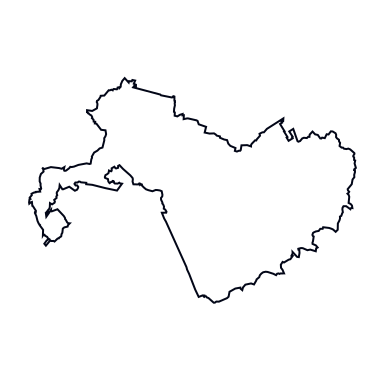 the district of Tancoco, Veracruz, Mexico, rotated 184°
{"feature_id": "50627088B65767533460157", "entity_name": "Tancoco", "entity_type": "district", "adm_level": 2, "iso_a3": "MEX", "parent_name": "Mexico", "parent_adm1": "Veracruz", "projection": "albers", "projection_center": [-97.748, 21.267], "detail": "fine", "context": "isolated", "style": "outline", "palette": "ink", "viewbox_px": 384, "rotation_deg": 184, "n_neighbors": 0, "source": "geoboundaries", "source_scale": "gbopen_adm2", "svg_char_len": 6005}
<svg xmlns="http://www.w3.org/2000/svg" viewBox="0 0 384 384"><g transform="rotate(184 192 192)"><path d="M157.5,84.5L149.6,88.6L148.2,90.1L147.6,95.1L142.1,98.7L137.1,100.0L136.8,98.9L135.0,97.6L134.5,100.3L132.3,103.3L126.7,104.9L123.7,104.1L121.7,108.2L121.5,109.3L119.0,111.7L118.5,113.7L117.1,115.5L115.4,116.9L112.9,117.6L110.9,117.5L105.2,116.1L102.3,114.9L101.4,116.4L100.0,116.8L99.0,116.4L98.1,116.9L94.5,117.2L96.2,120.6L97.9,122.6L98.3,125.7L96.7,128.6L95.3,128.1L90.9,131.2L89.2,131.8L87.1,135.2L88.3,135.4L87.3,137.8L87.5,139.2L82.6,134.6L80.9,134.5L80.5,138.7L80.9,141.5L81.8,141.8L82.0,142.8L79.3,143.7L77.6,143.7L72.8,142.0L70.0,142.8L64.4,141.5L64.2,144.5L62.8,145.4L64.7,147.4L68.1,148.6L68.3,149.8L67.9,151.2L67.5,156.1L68.3,156.5L68.9,157.6L68.4,159.6L67.7,160.2L65.7,161.3L62.9,162.0L61.5,164.2L59.1,164.4L58.7,166.0L52.7,165.7L50.1,165.0L48.6,164.4L45.9,162.3L44.0,164.5L44.3,170.8L42.9,174.0L42.5,175.9L42.7,177.8L41.4,178.6L40.7,181.2L40.1,182.3L40.8,185.3L40.7,186.8L39.9,188.4L37.2,188.6L32.8,185.9L32.6,186.7L31.7,187.3L30.9,187.2L31.5,189.7L32.9,191.1L35.0,192.0L34.8,198.2L35.5,200.0L36.8,201.2L35.6,202.3L35.2,203.2L36.5,204.4L36.9,205.7L33.2,210.9L32.7,215.7L31.1,218.1L31.4,220.4L30.8,223.3L31.0,225.0L31.8,225.1L31.8,225.9L30.2,227.5L31.8,231.8L31.4,234.8L32.5,235.2L32.7,237.9L33.6,238.6L33.6,239.5L32.6,241.4L32.8,242.2L37.1,245.5L39.1,246.2L40.9,245.6L43.4,245.8L44.5,246.8L45.9,246.7L48.0,248.2L47.7,251.3L48.8,252.7L49.1,254.4L51.1,255.6L52.1,256.8L52.2,259.2L52.9,260.6L55.9,262.2L57.7,262.2L59.8,258.9L61.7,259.0L63.3,255.0L66.0,255.3L66.7,254.4L67.8,254.4L70.5,257.7L73.2,258.1L76.0,260.7L78.6,257.5L78.7,255.2L79.9,255.2L81.2,253.8L84.2,253.9L85.8,253.1L87.7,250.4L89.4,249.6L90.3,250.1L95.4,262.0L99.2,259.2L95.4,254.1L96.0,253.6L95.3,252.6L99.2,249.8L101.4,252.9L100.6,253.5L104.4,258.7L103.9,259.0L108.9,266.0L107.0,267.4L107.8,268.5L106.0,269.0L106.0,271.8L121.7,260.2L124.4,256.6L126.0,256.4L128.7,254.8L128.1,252.9L131.0,249.1L131.5,247.9L132.6,248.0L135.8,244.2L136.4,242.9L136.3,241.6L140.2,242.6L145.9,242.0L146.3,237.3L146.8,236.5L148.2,236.4L150.0,235.5L151.3,235.8L152.1,236.0L151.7,238.9L157.0,240.7L159.2,242.8L160.6,246.2L163.6,246.6L167.9,248.1L168.0,249.4L171.3,250.0L172.3,251.0L174.1,252.0L178.6,251.5L183.5,252.2L182.5,258.0L190.0,260.0L191.4,263.3L192.5,263.8L200.8,265.1L201.9,265.1L205.4,264.1L205.5,268.0L206.8,267.8L206.8,269.2L209.4,268.2L211.9,266.4L214.6,266.9L214.7,270.2L215.6,270.7L215.6,274.1L215.1,277.2L215.5,279.6L215.2,280.1L215.4,281.7L215.9,281.8L216.2,286.0L217.0,286.3L217.6,286.0L217.4,285.3L218.7,284.9L229.7,286.3L230.4,287.0L258.0,292.3L257.1,293.7L255.3,293.4L255.4,295.1L257.6,295.9L256.5,299.2L259.3,299.6L259.8,298.2L262.6,298.2L262.8,296.8L267.1,300.9L269.3,297.9L270.5,294.4L270.5,292.0L271.4,290.9L271.5,291.6L273.5,291.0L273.6,289.9L274.1,289.2L277.2,289.3L278.0,288.7L278.2,287.9L279.6,288.4L281.3,287.6L282.2,287.7L286.2,282.1L289.8,281.6L290.0,280.4L291.8,277.2L293.1,276.3L293.3,275.1L292.6,273.9L292.4,272.5L292.7,268.8L297.2,265.9L302.4,266.3L302.3,264.3L301.7,264.2L301.2,263.3L300.7,263.3L299.7,262.3L297.7,261.3L296.7,259.6L297.0,258.7L295.3,257.3L295.0,255.4L293.5,255.3L293.7,253.6L292.1,253.5L287.0,247.7L282.6,247.5L281.7,243.7L282.3,241.4L283.3,239.6L283.1,237.4L284.4,230.1L287.2,229.0L289.2,226.7L292.4,224.5L294.4,220.3L294.1,219.2L294.7,217.6L295.1,213.2L296.2,212.8L299.1,213.2L307.2,211.1L311.5,209.1L313.8,208.5L315.2,208.6L316.1,207.2L319.1,204.6L320.0,204.3L320.8,204.3L321.5,205.6L321.1,207.9L323.7,206.1L326.2,206.6L334.5,207.0L341.0,204.6L343.1,205.8L342.0,204.3L341.5,202.0L344.0,199.4L344.9,195.8L344.7,192.0L343.6,189.7L343.6,188.1L342.7,184.9L343.0,184.2L344.3,184.3L343.5,181.8L347.9,181.2L347.9,180.8L349.9,180.3L352.0,179.0L351.6,177.6L353.5,175.1L352.7,173.8L353.6,173.5L353.8,170.2L353.5,169.0L352.1,170.4L351.0,170.9L350.3,167.0L349.7,166.8L346.4,162.3L346.5,160.8L347.2,160.9L347.3,160.2L345.7,157.3L344.1,152.4L342.6,149.6L341.4,148.6L341.6,148.2L337.9,143.9L337.7,138.2L337.2,139.1L336.2,139.1L335.6,138.2L333.3,137.1L332.7,136.0L331.4,135.2L333.5,133.6L335.7,130.1L334.0,128.3L330.0,133.9L329.1,133.3L326.7,133.5L325.7,133.0L322.8,136.2L321.6,136.5L321.5,137.0L319.4,138.6L319.2,140.9L318.5,142.3L318.3,146.5L316.9,147.8L313.7,148.8L313.4,150.3L311.8,152.2L313.3,152.2L314.4,153.0L316.0,155.5L316.6,156.0L316.9,157.3L318.2,159.1L325.0,165.4L330.6,162.9L331.4,163.5L331.4,164.2L335.6,157.2L336.3,160.8L334.8,161.0L334.7,161.8L336.6,161.8L335.0,161.8L335.1,162.5L334.4,162.9L334.6,163.5L333.1,165.5L332.8,167.1L332.9,171.0L330.7,169.9L328.4,171.7L328.1,172.8L328.9,174.5L326.7,176.6L327.0,178.2L326.2,179.4L326.8,180.8L326.8,182.3L325.4,184.5L324.6,186.7L324.5,189.7L321.5,185.7L320.8,185.7L314.8,188.7L308.9,185.1L306.8,186.3L305.9,188.3L305.9,189.3L307.1,190.6L308.6,190.4L309.8,191.9L309.0,193.3L306.8,193.5L305.7,194.5L304.6,194.5L303.4,193.9L298.1,193.8L298.1,192.4L292.0,192.2L278.6,189.8L266.9,188.2L262.4,195.4L264.5,195.6L265.2,196.2L266.7,195.2L269.6,195.1L270.4,195.8L270.6,196.9L271.2,197.5L272.0,197.5L272.5,196.4L273.7,196.2L274.7,195.1L275.5,195.7L276.3,196.9L276.7,199.0L279.7,200.0L280.0,200.8L279.5,202.8L277.8,203.9L276.6,205.1L276.3,207.6L275.5,207.2L273.9,207.1L273.6,207.9L273.8,210.0L271.2,211.8L270.2,210.6L269.4,210.2L267.4,211.0L267.5,212.9L266.2,213.7L262.4,210.2L254.7,204.3L252.3,201.9L251.9,200.7L252.0,198.2L251.0,195.6L246.1,195.8L245.2,196.9L244.7,196.8L244.8,196.0L244.4,195.4L243.5,196.3L242.5,196.0L242.4,195.0L240.4,193.2L238.1,191.5L235.7,190.8L231.5,190.0L228.3,191.5L226.5,191.5L224.1,191.3L222.3,190.7L221.3,187.1L221.4,185.5L222.5,183.9L222.3,182.1L220.8,179.5L220.8,178.4L219.9,177.6L218.9,175.5L219.0,173.4L217.5,172.6L216.1,170.6L216.3,169.6L220.6,169.2L217.9,163.6L215.9,160.6L192.3,116.7L191.5,114.3L189.1,110.0L182.0,94.9L178.0,87.8L174.2,89.6L172.7,89.6L173.0,88.6L172.5,88.2L171.7,89.0L170.7,88.9L169.7,87.8L168.2,87.4L162.6,83.1L161.5,83.2L160.1,84.4L157.5,84.5Z" fill="none" stroke="#020617" stroke-width="2"/></g></svg>